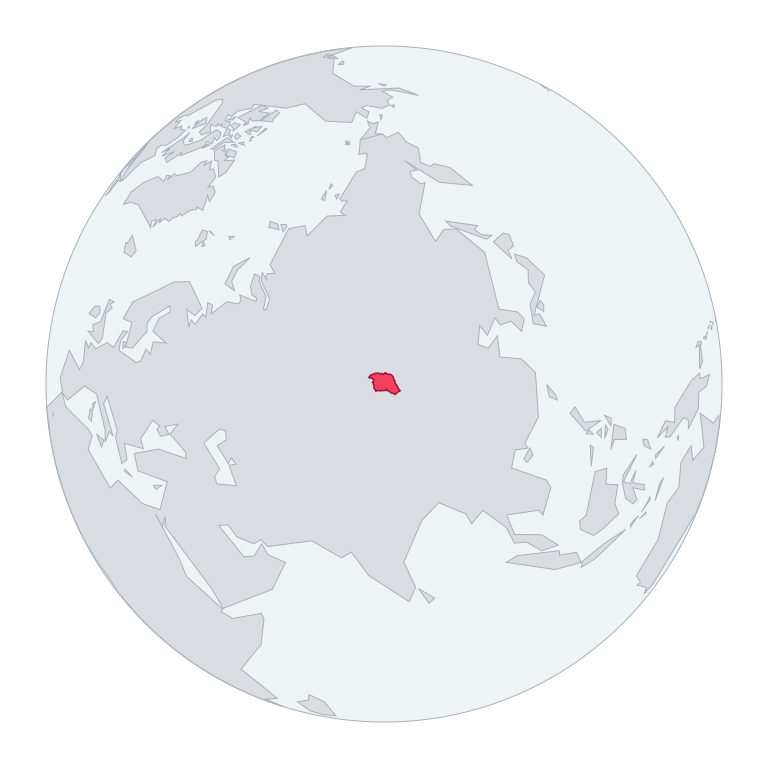 the Earth from above Govi-Altay, rotated 325°
{"feature_id": "MNG-3319", "entity_name": "Govi-Altay", "entity_type": "Province", "adm_level": 1, "iso_a3": "MNG", "parent_name": "Mongolia", "parent_adm1": "", "projection": "orthographic", "projection_center": [95.669, 45.25], "detail": "medium", "context": "on_globe", "style": "filled", "palette": "rose", "viewbox_px": 768, "rotation_deg": 325, "n_neighbors": 0, "source": "natural_earth", "source_scale": "10m", "svg_char_len": 13475}
<svg xmlns="http://www.w3.org/2000/svg" viewBox="0 0 768 768"><g transform="rotate(325 384 384)"><circle cx="384" cy="384" r="338" fill="#eef3f6" stroke="#a8b0b8"/><path d="M549.6,89.4L549.9,90.0L529.9,84.8L526.4,81.4L522.0,81.3L526.1,85.8L529.8,88.9L520.2,100.1L530.2,122.8L543.9,132.4L532.7,129.0L565.8,150.0L578.0,167.4L557.7,146.4L550.6,143.4L555.6,154.1L549.4,153.4L548.3,158.5L540.5,157.0L529.2,145.7L523.9,144.8L527.8,152.5L522.4,156.5L517.5,145.2L507.5,151.2L486.9,135.2L480.1,109.1L462.1,101.9L438.0,80.4L433.7,82.5L421.8,76.8L412.5,77.2L410.7,73.9L404.8,77.3L408.2,80.4L406.8,83.1L401.6,84.0L398.3,79.5L400.5,78.4L396.8,77.6L397.4,75.2L394.2,76.8L390.9,71.8L386.4,78.1L377.3,75.2L377.2,71.6L387.4,70.3L412.3,61.2L415.3,58.4L409.4,55.1L377.1,51.7L376.2,49.9L367.7,48.7L363.5,49.9L368.7,51.6L358.7,54.4L366.3,56.8L363.3,58.6L367.0,62.5L355.5,63.9L342.4,63.5L338.8,60.7L332.9,60.7L327.5,65.5L312.2,63.1L287.3,67.3L284.6,66.9L295.1,61.2L317.4,55.1L331.1,50.7L311.2,55.9L304.6,56.1L298.9,57.4L292.8,59.2L291.0,60.3L286.4,61.2L304.4,55.6L308.8,54.6L303.1,56.2L313.5,53.7L321.6,51.9L347.5,48.1L373.6,46.2L399.8,46.5L425.9,48.7L451.8,52.9L477.2,59.2L502.1,67.4L526.3,77.5L549.6,89.4ZM686.9,234.3L684.7,230.3L684.2,229.0L686.9,234.3ZM684.5,230.5L685.0,231.3L684.8,231.2L684.5,230.5ZM685.1,232.2L684.7,231.0L685.5,232.9L685.1,232.2ZM686.3,235.1L685.5,233.3L685.8,233.7L686.3,235.1ZM687.1,238.2L687.2,238.8L686.2,236.7L687.1,238.2ZM532.5,90.6L526.8,86.0L525.4,82.6L530.9,86.3L532.5,90.6ZM534.2,98.9L529.8,96.1L535.2,95.4L536.0,97.2L534.2,98.9ZM555.2,140.0L551.7,134.6L557.2,140.2L555.2,140.0ZM549.6,159.5L552.5,161.4L550.7,163.3L549.6,159.5ZM373.0,61.6L370.1,62.0L370.9,61.0L373.0,61.6ZM377.4,63.0L380.5,61.6L383.1,62.1L381.1,62.9L377.4,63.0ZM537.0,162.9L533.1,165.8L535.1,160.9L537.0,162.9ZM373.0,64.7L387.2,63.2L391.6,64.2L387.8,68.5L373.0,64.7ZM529.6,166.1L520.4,173.9L526.2,178.4L504.7,170.5L519.6,166.1L521.2,159.2L524.4,164.5L529.6,166.1ZM411.5,81.1L407.6,77.8L415.7,79.9L411.5,81.1ZM417.1,81.9L443.9,85.8L447.1,91.5L437.5,88.8L445.4,96.2L433.8,97.0L426.8,93.1L427.0,89.1L422.4,92.6L417.1,81.9ZM494.3,165.2L490.4,165.6L492.3,163.1L494.3,165.2ZM406.8,84.4L411.9,84.5L415.1,89.4L405.3,90.2L407.4,88.3L406.8,84.4ZM453.2,98.0L453.8,102.1L444.5,103.7L443.5,105.6L433.8,97.5L453.2,98.0ZM404.1,87.6L400.3,90.6L394.1,89.1L402.0,84.8L404.1,87.6ZM420.0,90.4L421.0,92.9L417.2,91.7L420.0,90.4ZM370.0,86.5L376.1,86.0L378.2,88.4L370.0,86.5ZM399.3,91.8L401.5,92.3L403.0,93.4L399.3,95.0L399.3,91.8ZM427.9,99.5L423.9,99.5L431.4,102.9L424.8,104.6L419.5,99.0L419.0,102.2L416.9,102.8L414.9,97.7L427.9,99.5ZM400.1,100.0L391.1,94.1L379.3,94.3L377.1,92.1L396.4,92.2L400.1,100.0ZM409.0,99.0L403.0,99.0L403.2,95.9L407.5,94.1L409.0,99.0ZM422.2,108.0L433.7,106.7L434.5,108.0L422.2,108.0ZM396.7,100.6L398.9,102.0L395.8,100.9L396.7,100.6ZM414.3,106.3L418.3,105.5L419.0,107.0L414.3,106.3ZM400.1,105.7L397.2,103.7L400.0,102.2L400.1,105.7ZM406.6,106.4L406.6,108.7L402.7,102.9L408.2,105.8L406.6,106.4ZM414.4,107.8L416.1,108.5L412.6,107.9L414.4,107.8ZM391.2,112.7L385.6,105.8L391.8,102.4L396.4,109.5L391.2,112.7ZM91.6,214.6L94.6,209.6L115.4,205.8L110.3,220.2L116.0,252.4L115.0,259.3L104.1,267.9L100.1,312.2L110.9,310.1L117.5,343.2L128.4,358.5L150.4,339.7L132.6,314.0L139.6,297.7L162.0,308.0L179.1,331.5L182.4,326.1L180.1,302.1L192.7,299.0L180.3,293.2L178.9,301.8L171.1,298.8L171.9,290.9L176.3,289.8L173.6,281.1L153.3,289.3L149.7,298.9L137.3,283.7L130.1,298.5L123.7,298.7L133.5,273.8L139.1,268.6L150.1,235.4L143.1,239.2L132.2,271.2L131.7,265.2L122.1,271.8L129.1,262.0L142.8,227.3L137.4,213.7L115.5,215.7L115.5,207.1L122.4,193.0L145.5,176.1L142.9,197.5L151.0,192.9L164.5,177.1L162.5,185.3L167.7,181.9L168.0,189.8L181.1,191.4L183.3,198.8L200.7,190.8L204.2,193.8L192.9,197.5L186.3,204.5L193.2,224.3L198.2,225.5L209.0,219.0L209.5,225.8L219.1,217.0L229.1,225.6L224.9,208.2L237.4,201.3L250.1,202.3L253.5,197.2L232.8,195.7L225.2,198.1L219.9,205.0L198.5,210.3L193.5,205.5L212.9,189.0L207.9,181.0L225.2,172.7L270.6,180.1L283.3,188.4L278.4,217.6L268.4,219.4L265.1,209.6L256.8,225.5L262.9,220.9L263.4,226.9L275.5,222.7L276.4,226.9L286.4,216.3L288.9,220.9L282.5,227.5L302.5,226.5L311.0,235.1L315.1,233.0L317.0,228.3L326.5,242.9L329.0,240.8L327.0,235.1L330.8,227.3L341.2,219.5L343.9,225.0L340.5,228.5L337.4,244.7L328.0,253.9L330.1,255.5L339.0,248.8L342.7,229.0L348.2,222.8L347.9,232.0L348.4,228.2L352.0,226.9L358.1,230.9L359.1,220.9L394.9,202.1L410.2,209.0L405.9,218.7L433.7,213.8L448.8,223.5L446.8,218.0L458.8,213.0L454.2,209.8L454.2,206.9L483.0,194.5L491.8,196.5L502.0,186.5L501.0,183.9L495.0,181.7L504.7,170.5L526.2,178.4L527.4,183.9L540.1,185.9L541.0,198.3L547.5,210.1L541.1,223.6L546.9,232.4L551.2,232.2L562.3,244.7L570.2,272.0L544.8,250.3L529.2,212.9L533.9,227.7L527.2,224.8L525.4,230.6L529.2,241.5L533.1,242.5L510.2,264.9L508.0,296.8L521.9,291.7L532.1,298.5L541.9,334.1L521.1,388.5L534.5,401.3L536.3,411.2L526.9,419.7L524.0,405.4L513.1,402.3L512.9,393.3L496.7,403.4L495.8,391.1L483.7,405.6L489.9,414.4L504.5,409.5L494.4,428.4L511.1,442.2L514.6,461.5L491.7,499.5L466.0,512.9L464.8,518.9L453.8,513.3L440.4,525.9L461.7,555.6L461.4,564.4L439.1,582.5L438.4,576.2L409.4,561.6L404.7,582.2L426.7,598.0L434.3,615.9L417.6,611.1L409.9,595.0L399.6,589.2L401.9,571.7L392.4,544.2L375.6,548.8L376.5,537.5L360.9,512.6L336.5,517.6L298.0,541.4L293.4,568.4L279.9,576.9L261.6,532.2L260.8,503.0L249.6,502.1L234.7,470.9L195.5,450.4L194.0,441.0L185.7,440.2L175.9,425.0L175.4,409.8L167.5,405.1L170.1,445.2L179.0,450.4L192.3,444.6L190.8,456.8L200.9,473.6L174.8,488.1L123.5,475.5L125.5,453.6L123.1,374.7L127.1,369.7L127.4,368.9L127.8,367.4L120.3,374.2L122.3,359.3L116.0,410.1L111.9,428.0L122.7,476.1L119.9,477.2L125.5,489.2L152.1,501.7L150.7,507.9L133.8,526.9L103.3,535.5L111.4,563.0L116.2,580.3L106.2,574.4L116.3,590.0L114.1,587.3L100.2,567.5L87.9,546.8L77.0,525.2L67.7,503.0L60.0,480.1L54.0,456.7L49.7,433.0L46.6,401.7L47.4,388.5L47.7,376.0L47.0,367.3L48.2,352.4L48.5,345.7L49.5,335.8L54.2,310.4L60.8,285.4L69.2,261.0L79.6,237.4L91.6,214.6ZM97.2,217.2L94.0,220.9L97.2,217.2ZM189.8,369.9L204.8,382.8L210.5,361.6L216.8,365.0L216.5,356.8L210.9,360.0L212.0,338.7L222.9,339.3L227.5,331.2L222.7,326.5L202.5,329.0L200.8,359.1L192.0,362.9L189.8,369.9ZM303.6,56.4L302.0,56.9L295.6,58.6L298.1,57.7L303.6,56.4ZM270.2,68.9L263.6,70.2L270.1,68.3L272.3,66.8L288.6,61.6L284.0,66.5L283.2,64.9L270.2,68.9ZM309.1,56.9L299.3,59.0L310.2,56.6L309.1,56.9ZM195.9,157.4L191.9,162.8L185.6,164.4L182.9,157.0L191.9,154.4L195.9,157.4ZM187.5,170.4L207.6,157.3L210.1,162.0L205.3,161.4L205.0,165.9L197.1,166.3L179.9,184.6L173.2,187.3L171.8,170.8L175.9,174.4L179.7,168.5L187.5,170.4ZM254.4,121.7L263.2,117.8L257.3,132.8L249.8,134.8L246.6,127.0L253.5,120.1L254.4,121.7ZM363.5,73.4L367.2,72.2L368.1,73.3L365.7,75.2L363.5,73.4ZM372.6,86.1L348.2,80.2L351.2,78.4L333.2,78.1L334.2,73.3L345.8,73.5L333.1,70.1L343.9,68.4L334.4,66.8L360.2,67.7L369.4,66.6L358.7,69.5L357.6,73.8L359.9,75.3L373.3,79.1L392.6,79.6L394.6,84.6L390.8,88.0L386.5,88.6L386.6,85.1L380.7,88.5L377.5,83.9L372.6,86.1ZM345.7,134.4L347.6,128.4L335.3,137.7L332.1,131.8L330.8,133.3L324.4,130.6L314.6,130.1L314.6,127.1L310.7,128.2L306.4,126.8L301.1,127.5L299.3,122.5L292.7,123.1L295.6,120.4L284.7,122.9L292.0,118.9L287.1,117.1L282.6,121.9L285.6,96.5L281.2,90.2L273.6,87.4L287.1,81.7L302.9,81.1L317.8,84.4L320.1,91.8L325.8,88.3L328.5,91.0L322.9,92.6L333.3,91.8L334.0,94.6L347.3,99.6L361.8,97.5L367.0,99.6L361.7,101.8L370.6,102.5L364.1,108.3L367.7,110.1L364.9,118.0L352.6,121.9L357.6,123.7L355.7,130.2L345.7,134.4ZM390.0,114.9L376.1,120.0L367.4,119.6L375.9,106.1L373.6,103.7L378.7,95.8L391.1,96.8L388.5,98.9L388.9,101.2L384.8,99.9L388.3,102.7L384.8,105.8L386.6,108.9L381.6,109.7L390.0,114.9ZM120.1,259.8L120.5,264.0L122.5,269.0L116.4,273.7L120.1,259.8ZM129.0,236.0L130.3,238.4L122.7,246.7L122.3,242.7L129.0,236.0ZM137.4,233.1L130.9,237.9L134.2,232.9L137.4,233.1ZM194.8,199.6L196.9,202.1L194.6,204.2L190.4,205.1L194.8,199.6ZM308.4,163.2L310.9,159.2L313.1,159.5L323.5,153.6L326.8,157.8L321.7,163.1L308.4,163.2ZM143.7,339.5L136.8,339.7L136.8,335.1L139.1,335.9L143.7,339.5ZM123.1,305.5L124.7,316.4L121.4,306.6L123.1,305.5ZM313.7,166.9L317.6,163.8L316.8,167.9L313.7,166.9ZM329.7,160.7L329.8,165.0L328.4,157.7L329.7,160.7ZM152.7,609.7L154.3,628.3L143.9,619.5L135.8,609.0L131.0,594.8L141.1,599.5L144.4,595.3L152.7,609.7ZM515.8,640.9L525.2,639.2L524.8,640.2L515.8,640.9ZM506.0,640.0L517.0,637.6L504.0,642.5L506.0,640.0ZM521.2,636.7L532.3,631.7L537.1,628.8L536.1,631.0L521.2,636.7ZM498.5,641.7L457.1,648.2L440.5,647.2L444.6,643.2L471.4,641.0L498.5,641.7ZM443.2,643.3L417.7,634.1L381.8,600.2L394.7,601.1L432.0,621.1L429.7,624.7L445.1,632.4L443.2,643.3ZM504.5,614.3L501.9,624.9L479.2,628.2L468.8,628.2L461.6,615.8L465.7,608.4L474.3,607.5L506.7,577.0L518.2,580.7L508.4,593.3L517.8,600.6L504.5,614.3ZM294.9,571.3L302.6,588.5L295.2,589.5L294.9,571.3ZM519.2,555.9L506.6,570.3L517.9,552.3L519.2,555.9ZM525.6,539.4L526.7,545.2L521.1,540.7L525.6,539.4ZM465.1,527.7L456.0,530.2L455.5,525.7L466.8,519.9L465.1,527.7ZM517.1,477.7L518.2,491.5L516.8,496.6L512.1,489.2L517.1,477.7ZM346.9,203.6L328.8,206.7L317.9,212.7L315.1,221.8L311.2,210.8L328.0,201.4L346.9,203.6ZM388.6,201.5L391.0,194.3L395.1,197.0L395.2,199.0L388.6,201.5ZM386.4,197.4L379.6,189.6L384.2,185.4L388.7,192.3L386.4,197.4ZM346.0,177.1L340.4,177.5L341.2,174.1L346.0,177.1ZM572.5,664.5L572.5,664.3L565.6,668.9L574.4,662.6L563.4,670.2L561.6,670.2L552.0,674.6L489.2,702.3L476.6,705.0L482.4,701.4L476.1,694.0L480.4,693.4L480.8,685.8L519.4,668.6L547.9,643.9L566.3,637.8L582.1,618.7L600.2,610.6L593.1,623.6L609.8,619.3L626.3,589.3L631.4,605.0L640.1,601.7L636.7,608.3L616.9,628.8L595.5,647.6L572.5,664.5ZM692.3,522.2L692.5,521.9L691.7,523.6L692.3,522.2ZM691.9,523.0L693.5,519.1L692.6,521.4L691.9,523.0ZM687.3,524.4L688.6,521.6L688.9,521.8L687.3,524.4ZM539.0,635.2L552.5,623.9L559.5,620.8L539.0,635.2ZM686.2,524.0L683.4,527.7L683.9,525.9L686.2,524.0ZM686.9,520.6L686.8,519.1L687.9,521.1L686.9,520.6ZM681.8,523.5L685.0,522.4L681.3,524.5L681.8,523.5ZM679.6,526.6L677.0,528.2L677.2,527.4L679.6,526.6ZM645.9,560.9L656.2,562.9L647.0,570.5L637.1,571.4L627.7,584.2L607.4,595.4L612.6,588.4L610.2,583.2L588.3,591.4L583.9,588.8L592.0,582.1L577.1,584.8L593.5,575.5L599.9,582.1L609.0,570.0L624.1,563.3L638.1,557.4L648.7,556.2L645.9,560.9ZM592.9,596.3L595.7,595.0L593.0,598.9L592.9,596.3ZM672.0,529.0L675.8,529.0L675.2,530.6L673.3,532.1L672.0,529.0ZM651.3,552.7L663.0,535.6L665.5,533.4L657.7,548.4L651.3,552.7ZM660.5,532.9L665.6,529.4L668.0,531.3L666.9,533.5L660.5,532.9ZM559.5,601.7L558.7,604.5L554.3,604.0L559.5,601.7ZM565.2,598.0L578.2,595.7L563.9,600.7L565.2,598.0ZM524.2,601.4L528.2,606.8L540.9,599.1L531.2,607.8L539.5,615.6L536.5,620.2L528.3,611.6L524.9,623.8L519.2,625.1L516.4,616.1L522.3,602.3L527.9,595.6L550.7,586.8L524.2,601.4ZM565.2,590.3L561.7,583.9L564.3,577.8L568.1,580.5L565.2,590.3ZM550.8,568.3L540.9,561.6L532.3,567.8L549.2,549.0L556.0,558.6L550.8,568.3ZM541.7,549.4L533.7,555.2L541.7,544.7L541.7,549.4ZM531.4,552.4L530.1,545.7L536.6,544.9L531.4,552.4ZM545.9,548.5L546.7,536.1L550.4,542.2L545.9,548.5ZM526.2,530.4L540.9,538.4L522.4,538.3L519.7,514.7L527.4,512.2L526.2,530.4ZM556.5,416.0L553.5,409.0L559.9,404.9L560.2,410.8L556.5,416.0ZM578.0,386.9L560.6,401.6L546.2,413.9L551.6,415.8L550.2,429.8L540.9,420.2L549.5,402.3L560.8,395.4L560.5,383.8L567.6,373.0L563.0,360.0L565.5,352.5L573.1,362.4L578.0,386.9ZM560.5,354.7L555.1,330.3L568.1,328.6L572.2,333.6L569.2,345.3L562.5,345.4L560.5,354.7ZM557.6,324.1L551.0,324.2L529.3,292.9L528.0,286.0L551.4,307.9L546.5,309.3L549.5,317.6L557.6,324.1ZM492.7,168.3L490.6,165.9L494.4,167.1L492.7,168.3ZM451.4,205.3L452.0,201.5L456.5,202.7L451.4,205.3ZM456.1,191.9L450.7,193.1L455.3,189.5L456.1,191.9ZM438.7,196.6L448.0,192.5L440.7,199.8L438.7,196.6Z" fill="#d9dde1" stroke="#a8b0b8" stroke-width="1"/><path d="M374.0,385.4L373.6,385.3L373.2,385.3L373.5,383.4L373.5,382.7L373.5,381.4L373.5,381.2L374.3,380.6L374.6,380.1L374.7,379.9L374.7,379.4L375.1,378.4L375.7,377.4L375.7,377.0L375.4,376.2L375.5,376.0L376.0,376.1L376.4,376.0L376.8,375.6L377.2,375.4L378.0,375.0L378.2,374.9L378.3,374.6L378.3,374.4L378.2,374.1L377.9,373.6L377.6,373.2L377.5,372.7L377.5,372.3L377.5,372.2L376.6,371.7L375.5,370.6L375.4,370.4L375.3,369.8L376.3,369.8L376.8,369.6L377.8,369.0L378.2,369.1L378.6,369.4L379.4,369.6L379.9,369.7L380.9,369.6L381.2,369.7L381.4,369.8L381.7,370.2L381.8,370.4L382.2,370.2L383.2,370.3L383.4,370.4L383.7,370.6L384.2,371.0L386.0,372.2L386.3,372.8L386.6,373.2L386.7,373.6L386.8,374.0L386.9,374.3L387.0,374.3L388.1,374.0L388.7,374.3L388.8,374.8L389.0,375.2L389.3,375.5L389.3,375.9L390.0,376.0L390.4,376.0L390.6,375.9L390.8,375.7L391.0,375.5L391.7,375.8L392.0,375.9L392.0,376.3L392.0,376.9L392.2,377.5L392.6,377.8L392.8,378.3L393.2,378.5L393.5,378.8L393.6,379.0L394.2,379.1L395.1,380.4L395.2,380.6L395.3,381.0L395.6,382.6L395.6,383.2L395.2,384.8L395.0,385.1L394.8,385.4L394.7,385.6L394.7,386.0L394.8,386.8L394.8,387.4L394.7,387.8L394.5,388.3L394.2,388.5L393.7,388.8L393.6,389.0L393.6,389.6L393.8,391.3L393.6,392.9L393.7,393.6L393.4,394.9L393.1,395.5L393.4,398.8L390.6,398.5L387.0,398.9L386.9,398.0L386.8,397.8L384.9,395.8L384.8,395.6L384.7,394.9L384.1,393.5L383.7,392.1L383.4,391.6L382.6,391.3L382.6,390.8L382.5,390.4L382.6,390.1L382.9,389.7L381.3,389.9L381.1,389.8L380.8,389.6L380.0,389.4L379.9,389.3L379.7,389.1L379.4,388.8L378.8,388.4L378.4,388.3L378.2,387.8L377.8,387.4L377.6,387.4L377.4,387.5L377.2,387.5L376.7,387.3L375.7,386.0L375.1,385.6L374.6,385.6L374.3,385.4L374.0,385.4Z" fill="#f43f5e" stroke="#9f1239" stroke-width="1.5"/></g></svg>